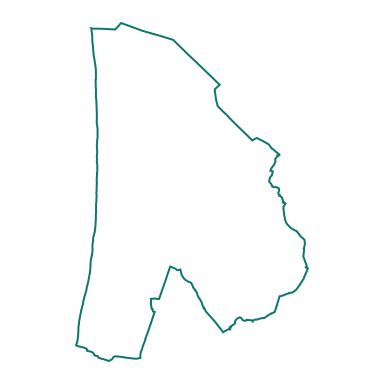 the district of Vērgales pag., Pavilostas, Latvia
{"feature_id": "27541924B6474784348402", "entity_name": "Vērgales pag.", "entity_type": "district", "adm_level": 2, "iso_a3": "LVA", "parent_name": "Latvia", "parent_adm1": "Pavilostas", "projection": "orthographic", "projection_center": [21.107, 56.72], "detail": "fine", "context": "isolated", "style": "outline", "palette": "teal", "viewbox_px": 384, "rotation_deg": 0, "n_neighbors": 0, "source": "geoboundaries", "source_scale": "gbopen_adm2", "svg_char_len": 5703}
<svg xmlns="http://www.w3.org/2000/svg" viewBox="0 0 384 384"><path d="M91.3,28.3L91.4,28.5L91.5,29.2L91.5,30.4L92.3,36.2L92.3,37.5L92.2,38.6L92.3,39.2L92.3,41.0L92.8,44.5L92.8,46.1L93.0,46.7L93.2,48.9L93.2,49.3L93.3,50.1L93.3,51.5L93.7,54.8L93.7,56.0L94.1,57.8L94.4,59.0L94.8,61.7L94.8,62.5L95.1,63.5L95.3,65.0L95.2,65.5L95.5,66.2L95.8,69.3L95.8,70.3L95.9,72.0L95.9,75.4L95.9,78.9L95.6,79.8L95.6,80.5L95.8,84.3L95.7,85.2L95.7,86.6L95.9,88.2L95.9,89.2L96.0,91.0L96.0,92.1L96.0,92.8L95.9,93.8L96.0,95.7L95.9,96.7L96.1,98.4L96.3,99.3L96.2,99.8L96.5,101.5L96.4,102.3L96.4,102.7L96.4,103.6L96.6,104.5L96.4,105.3L96.7,107.2L96.6,108.4L96.7,109.3L96.7,110.7L96.8,111.9L96.9,112.9L96.8,113.6L96.8,115.6L96.9,117.0L96.8,118.1L96.9,119.3L96.7,120.6L96.8,121.3L96.7,122.9L97.2,125.6L97.6,129.9L97.6,131.0L97.5,131.8L97.6,134.0L97.5,135.9L97.6,136.3L97.6,137.2L97.4,138.9L97.1,140.4L97.2,141.7L96.9,144.1L96.9,146.0L96.8,147.4L97.0,148.3L97.1,149.0L97.1,149.6L97.2,152.3L97.1,153.9L96.8,156.3L97.0,159.4L96.8,161.1L96.9,162.8L97.3,164.8L97.3,165.4L97.3,165.7L97.3,167.3L97.2,167.8L97.2,168.4L97.4,169.7L97.4,170.3L97.1,172.4L97.0,172.9L97.0,175.3L96.8,176.7L96.9,178.6L96.6,181.0L96.8,182.0L96.9,182.9L96.8,183.5L96.8,185.5L96.5,186.9L96.7,187.8L96.6,190.5L96.6,191.5L96.3,193.0L96.6,195.9L96.6,197.2L96.6,197.6L96.4,198.5L96.4,201.2L96.3,202.5L96.0,203.6L96.0,204.1L96.1,204.6L96.1,206.4L96.1,207.5L95.9,208.9L96.2,210.7L96.0,212.6L96.0,213.4L95.8,214.2L95.9,216.7L95.8,218.0L95.9,219.8L95.5,222.3L95.6,223.2L95.5,224.6L95.5,225.2L95.4,226.4L95.4,226.7L95.2,227.6L95.1,228.6L95.0,229.3L94.9,230.3L94.9,231.0L94.8,231.6L94.6,231.9L94.5,233.0L93.8,235.2L93.8,235.5L93.6,235.7L93.2,238.2L92.9,242.3L92.4,245.2L92.6,249.7L92.4,251.1L92.4,252.7L92.2,253.2L92.2,254.1L91.7,255.2L91.9,255.5L91.9,255.9L91.4,257.1L90.7,261.3L90.5,263.7L90.4,268.0L89.9,272.8L89.5,274.5L89.3,276.2L88.8,278.7L88.3,281.7L87.2,285.8L87.1,286.6L86.6,288.1L86.6,288.9L86.5,289.8L85.9,292.0L85.4,293.4L85.0,295.3L84.5,296.3L84.2,297.9L83.5,300.3L83.3,301.9L83.1,302.6L83.0,304.0L82.8,304.9L82.3,306.1L81.8,308.5L81.4,309.4L81.3,310.3L80.9,311.5L80.6,313.8L80.3,314.8L80.1,316.8L79.8,317.7L79.0,322.3L78.9,324.0L78.4,327.6L78.4,331.0L78.2,333.0L78.2,333.9L78.1,334.4L78.1,335.2L78.1,335.8L78.0,336.6L77.9,337.4L77.6,339.8L77.1,342.1L76.2,344.7L76.1,345.1L76.1,345.4L78.6,346.4L79.6,346.6L80.9,346.7L85.1,348.1L86.1,348.7L86.7,348.8L86.9,349.4L87.0,350.4L87.3,350.4L87.3,350.8L87.5,351.0L88.0,351.2L90.4,351.4L92.8,352.6L94.1,354.0L94.2,355.2L95.9,355.8L97.6,356.1L97.6,356.3L97.8,356.6L98.6,357.8L100.8,358.4L101.9,359.0L103.6,359.1L104.8,359.7L106.7,360.1L108.4,361.0L109.1,360.8L111.9,359.5L113.6,357.0L115.4,356.3L119.9,356.7L126.3,357.7L133.0,358.5L136.8,358.7L140.4,358.0L140.3,356.1L140.6,353.4L140.8,352.1L142.1,348.9L142.9,345.8L144.7,341.5L145.2,340.0L145.3,339.0L147.9,332.1L148.8,329.3L149.2,328.2L154.7,311.9L153.0,311.5L152.4,308.9L151.6,308.7L150.8,302.8L151.0,302.8L151.1,302.5L150.9,298.9L155.1,298.5L157.8,299.0L159.2,298.8L160.2,295.6L161.9,291.0L170.2,266.6L170.8,266.7L175.0,268.5L175.5,268.8L177.1,270.1L178.8,270.0L180.4,269.6L181.3,273.4L181.3,273.7L181.7,274.9L184.1,278.7L184.9,279.5L188.2,281.6L191.3,282.9L191.7,284.1L192.8,286.2L193.2,287.6L194.5,289.1L195.0,290.2L195.3,290.1L196.3,291.6L197.2,293.7L197.5,294.7L197.5,295.3L197.7,295.8L201.3,301.6L203.1,306.8L203.7,308.3L204.3,308.1L205.8,311.4L214.6,321.2L223.1,332.2L227.7,329.6L228.7,329.1L230.9,329.6L229.8,328.7L229.7,327.2L230.6,326.7L230.9,326.9L231.1,326.3L231.4,326.1L231.5,325.8L231.9,325.7L232.4,325.4L232.5,325.2L234.3,324.2L235.1,323.2L235.0,321.7L235.1,321.4L235.4,320.8L236.5,319.2L236.9,318.7L239.8,317.3L240.9,317.8L242.9,320.2L244.3,320.8L246.5,320.4L247.2,320.1L247.1,319.9L248.0,319.9L249.7,320.2L251.5,320.2L252.7,321.4L252.8,320.8L253.0,320.5L253.7,320.1L256.0,319.5L256.9,319.7L258.6,318.9L263.1,318.0L263.7,318.2L264.0,318.2L270.5,313.8L271.3,313.7L271.5,313.3L272.7,313.0L274.8,311.9L279.6,296.3L282.0,295.8L286.9,293.9L288.5,293.4L288.7,293.2L288.8,293.3L292.6,292.4L295.4,290.4L296.6,289.2L298.6,286.5L301.4,282.3L302.4,280.4L303.2,279.5L303.8,278.3L304.4,276.4L304.6,276.3L307.9,268.4L307.4,268.0L305.8,267.5L306.0,266.9L306.8,266.0L303.3,256.4L304.2,249.2L303.7,248.7L304.1,248.0L304.9,243.9L304.5,239.8L302.6,238.0L300.8,236.7L299.1,234.4L298.9,233.9L296.4,230.9L294.4,230.2L290.7,227.9L286.9,223.9L286.1,222.4L284.9,219.2L284.8,217.9L284.0,213.8L284.1,213.6L283.5,209.5L283.4,207.8L283.5,206.7L285.4,203.8L284.6,203.2L283.9,203.0L284.0,202.9L283.8,202.7L283.7,202.6L283.9,202.5L283.5,202.3L283.6,202.2L283.4,202.0L283.4,201.9L283.2,201.7L283.5,201.6L282.7,199.9L282.4,199.2L282.5,199.1L282.3,198.6L282.0,198.0L282.0,197.8L281.8,197.3L281.5,197.2L281.2,196.8L280.9,196.6L279.8,195.6L279.8,195.4L279.5,195.5L279.6,195.2L279.3,195.1L278.3,193.6L278.2,193.3L278.8,191.5L279.1,190.1L279.2,188.8L278.9,188.5L276.8,187.2L275.4,187.3L272.3,186.7L272.2,186.4L272.4,186.0L271.2,184.0L269.4,182.0L269.2,181.3L269.7,178.6L270.3,177.0L271.1,176.1L271.8,175.6L272.8,171.4L270.4,170.7L270.5,170.2L271.3,168.3L272.3,167.2L272.5,166.6L272.7,166.4L273.3,165.9L274.9,163.1L275.4,161.5L275.2,159.1L275.4,158.7L276.0,157.9L276.7,157.3L276.8,156.9L277.2,156.2L277.4,154.6L277.5,154.9L278.1,155.8L278.5,155.7L278.6,155.1L278.8,155.1L279.0,155.3L279.4,155.0L279.5,154.6L276.3,152.1L274.1,150.1L272.6,148.9L272.0,148.8L268.9,144.5L262.1,140.6L256.8,138.0L252.2,140.4L246.0,134.2L235.0,123.6L229.1,117.6L227.3,115.6L225.1,113.4L223.3,111.8L217.7,106.1L216.5,101.7L215.9,98.6L214.7,89.4L219.7,84.8L195.6,61.5L188.8,55.2L173.1,39.8L159.8,35.8L142.7,30.9L121.1,23.0L115.3,29.5L102.8,28.8L92.3,28.6L91.3,28.3Z" fill="none" stroke="#0f766e" stroke-width="2"/></svg>